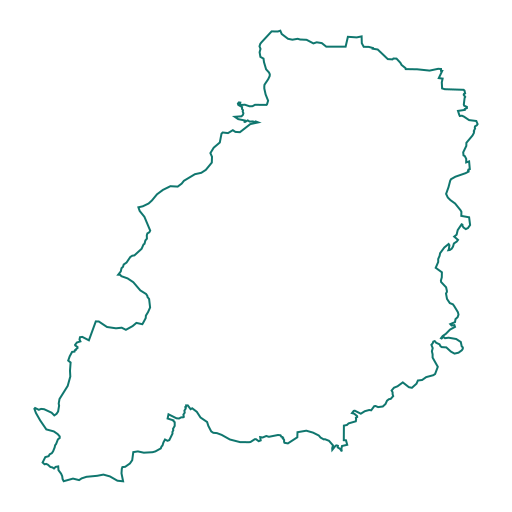 Balan, Salaj, Romania
{"feature_id": "2599482B44755564495658", "entity_name": "Balan", "entity_type": "district", "adm_level": 2, "iso_a3": "ROU", "parent_name": "Romania", "parent_adm1": "Salaj", "projection": "albers", "projection_center": [23.294, 47.159], "detail": "fine", "context": "isolated", "style": "outline", "palette": "teal", "viewbox_px": 512, "rotation_deg": 0, "n_neighbors": 0, "source": "geoboundaries", "source_scale": "gbopen_adm2", "svg_char_len": 5991}
<svg xmlns="http://www.w3.org/2000/svg" viewBox="0 0 512 512"><path d="M435.1,374.0L437.8,366.8L432.6,357.6L432.6,354.3L431.9,351.3L432.7,348.1L431.4,344.8L432.7,343.3L433.3,341.6L434.7,341.1L436.2,342.8L439.5,344.3L440.5,346.2L441.7,347.1L446.3,347.4L450.9,351.6L454.5,353.6L458.5,352.7L461.8,350.3L462.8,348.7L462.8,347.4L461.7,346.3L460.8,342.0L456.2,339.0L448.6,337.7L445.0,338.2L443.5,336.9L441.6,338.5L441.0,338.2L442.7,336.0L445.8,333.9L450.0,329.6L455.0,326.9L454.4,325.1L451.6,325.5L450.3,324.1L455.0,322.1L455.5,319.1L457.6,317.2L458.5,314.6L457.9,312.2L454.2,306.1L452.9,304.3L449.8,303.1L447.0,298.9L446.0,293.5L446.9,291.9L446.9,290.9L446.1,287.3L441.1,282.0L440.9,280.6L441.8,277.3L441.9,272.3L435.7,267.8L438.2,262.0L438.2,259.0L439.6,255.8L440.1,253.2L444.3,247.5L448.6,244.0L449.4,245.2L448.9,249.1L448.4,250.2L449.8,250.0L451.7,248.7L453.0,246.6L453.9,243.5L456.8,241.5L458.0,239.9L454.2,236.6L456.6,234.7L457.7,230.1L461.6,224.3L462.4,224.7L462.5,225.9L463.5,227.5L465.8,229.1L468.0,228.0L470.1,225.0L469.1,217.3L461.3,215.9L461.4,211.8L460.5,210.2L455.1,203.5L450.4,200.1L447.8,197.5L446.1,193.9L448.5,187.2L450.2,180.7L451.0,179.2L455.4,176.7L465.5,173.2L468.6,171.6L468.6,171.1L468.0,171.2L468.1,170.3L468.5,169.5L469.8,169.1L469.1,161.4L466.2,162.4L466.2,158.8L464.8,156.1L463.5,155.4L463.2,152.3L466.3,145.9L466.4,142.8L472.5,135.5L473.8,133.1L474.1,131.5L473.8,131.1L475.1,128.4L474.8,127.7L475.0,126.4L476.8,125.3L477.6,124.1L476.3,121.0L469.1,120.1L463.9,116.6L461.9,115.7L459.8,116.0L459.2,114.7L458.0,110.9L464.8,109.9L464.8,109.0L466.9,108.1L466.9,106.9L464.2,105.7L463.8,104.6L464.6,97.9L465.2,96.9L463.7,94.8L463.9,94.0L465.1,93.4L464.5,90.6L463.6,89.8L444.7,89.2L442.1,88.4L441.8,82.3L442.6,78.6L438.8,78.1L442.2,70.9L441.0,70.8L441.0,69.0L438.2,68.8L429.6,70.6L417.3,69.3L405.7,69.1L405.5,68.1L401.6,65.0L400.4,62.8L396.5,58.6L393.4,58.5L392.5,59.4L387.8,59.1L377.7,49.5L372.7,48.7L372.9,48.0L368.8,46.9L363.7,46.8L361.8,43.2L361.6,36.4L356.7,37.4L347.9,36.8L345.6,46.7L326.3,46.7L321.8,43.1L316.7,42.3L313.4,43.4L306.6,39.8L300.1,39.5L297.7,38.8L292.4,39.7L288.0,38.8L281.7,34.0L280.3,30.7L277.8,31.5L271.6,31.4L261.3,42.5L260.3,43.8L259.5,46.3L260.5,48.9L259.6,52.2L260.4,56.9L263.5,58.6L264.0,62.2L266.1,69.3L269.0,72.5L269.8,74.3L269.7,76.0L268.2,79.2L264.5,84.7L264.3,86.2L264.3,88.5L265.6,94.4L268.1,100.7L267.0,104.3L266.5,104.9L255.0,104.8L252.5,106.2L249.6,106.3L244.8,104.7L240.9,105.0L240.0,104.1L240.3,102.6L238.9,102.4L237.9,103.6L238.3,104.9L242.1,107.1L242.0,108.9L243.0,110.2L242.7,111.6L243.4,113.2L242.9,114.9L241.5,116.3L234.8,116.8L238.1,119.1L244.8,120.5L244.5,121.8L244.9,122.0L247.7,120.4L249.7,121.6L253.0,121.4L253.9,122.2L255.6,121.4L258.2,122.4L250.3,124.1L239.9,132.2L235.4,131.9L232.8,130.2L228.0,133.1L222.7,132.5L221.5,133.7L219.8,142.5L213.7,147.7L210.4,153.1L212.0,156.8L211.8,162.6L205.8,169.9L201.3,172.8L194.9,174.2L183.9,180.8L181.7,183.6L177.7,186.6L170.4,186.2L162.9,189.9L157.0,194.3L151.9,200.5L148.6,203.5L142.8,206.3L138.4,207.3L139.7,211.0L144.4,216.8L150.2,230.6L149.3,232.3L147.4,233.4L146.8,235.3L146.9,238.7L145.4,240.4L144.5,243.8L143.5,244.5L141.6,248.8L134.4,255.4L132.3,255.7L130.3,257.0L126.5,262.6L123.7,264.5L123.0,266.8L121.5,268.2L120.8,271.4L118.2,274.7L120.1,274.8L121.4,276.2L127.6,278.4L133.3,282.2L140.3,290.4L146.1,294.0L147.3,295.8L147.5,297.0L149.1,299.0L150.1,307.5L148.0,312.2L145.9,315.6L145.7,318.1L142.9,323.3L142.3,324.2L136.4,322.9L132.6,326.1L125.9,329.8L121.7,327.7L116.0,328.3L107.0,327.0L98.8,321.5L95.8,321.4L88.9,340.3L82.3,336.9L80.0,337.2L79.5,339.4L80.4,341.4L76.9,342.5L75.1,344.8L75.2,345.4L77.5,347.0L77.5,348.1L76.1,349.1L75.9,349.9L74.9,350.2L74.5,351.6L72.1,351.9L69.7,356.3L68.2,360.6L70.6,362.5L70.0,370.7L70.3,376.5L67.7,385.9L59.5,399.0L58.7,403.6L59.1,405.6L58.1,411.5L56.5,413.9L54.3,415.4L51.6,412.7L44.1,409.2L41.1,408.9L38.8,409.8L35.1,408.0L34.4,408.8L35.9,412.9L40.1,420.3L46.3,429.4L53.8,431.4L57.7,434.1L59.7,436.4L59.7,438.0L57.9,439.4L56.1,444.0L55.1,445.3L54.7,447.3L53.1,451.3L51.8,453.2L49.7,454.3L48.6,456.2L45.3,457.1L42.6,462.5L44.6,464.3L46.1,463.9L47.9,464.7L50.4,467.0L52.4,467.4L54.0,468.5L55.6,466.9L58.2,466.4L58.5,470.2L61.1,473.7L62.2,476.2L62.6,479.1L63.7,481.2L73.0,478.6L79.1,480.1L81.6,478.4L86.5,476.8L97.2,475.8L103.4,474.6L109.9,476.4L117.4,480.7L123.1,481.3L121.5,473.4L121.8,468.8L122.4,467.1L125.2,466.8L129.9,463.5L132.2,460.2L133.3,452.1L137.9,451.4L143.8,452.7L152.6,452.2L155.4,451.4L160.8,448.4L161.5,446.5L162.5,445.5L163.4,442.5L165.0,439.5L167.5,440.8L169.3,440.1L172.5,433.6L172.4,432.0L173.3,430.2L173.0,428.9L174.7,425.9L174.7,422.2L173.5,421.1L173.5,420.4L167.6,418.5L168.5,414.3L176.5,418.3L179.0,418.5L181.3,417.3L183.1,417.3L183.8,416.9L183.4,414.6L184.7,412.7L184.4,410.6L185.7,408.6L185.3,407.1L186.1,406.8L186.1,405.4L187.8,405.4L190.6,409.2L192.2,408.3L196.8,411.8L200.5,417.5L207.1,422.0L208.3,425.8L211.2,431.4L213.3,432.8L216.9,433.1L221.7,434.9L229.9,439.5L240.0,442.1L249.1,442.2L250.5,442.0L254.8,439.2L256.0,439.2L258.7,441.2L260.7,440.4L260.2,437.1L262.6,437.5L266.3,436.0L268.9,436.8L278.0,435.0L280.5,435.3L281.3,436.7L282.6,437.1L283.2,438.0L282.8,438.4L284.1,439.9L284.1,441.9L284.5,442.8L287.9,443.4L297.3,437.3L297.5,432.2L306.3,430.7L313.0,432.6L318.8,435.5L320.6,437.6L323.8,439.4L324.9,439.2L329.0,440.8L333.0,445.4L332.2,448.2L332.3,449.8L335.6,445.7L336.7,445.4L337.9,445.8L337.7,447.4L340.1,448.9L341.8,451.4L341.4,448.7L342.0,446.0L347.2,444.8L346.0,440.3L343.8,440.2L343.9,425.6L346.9,425.0L348.6,423.4L355.8,421.3L356.1,419.5L355.9,417.8L357.2,417.0L357.1,416.1L354.2,413.7L352.0,413.1L353.7,410.9L354.8,410.7L360.8,413.7L364.8,411.2L369.2,410.0L371.2,410.3L374.2,406.2L375.5,406.0L378.1,407.1L382.8,406.5L385.5,404.0L387.0,400.7L388.9,399.2L390.7,398.9L393.2,396.1L392.6,394.2L392.6,392.3L391.6,390.5L394.0,387.7L397.5,386.3L402.8,382.4L408.9,387.2L411.9,387.8L416.5,383.7L417.9,380.5L422.1,380.0L426.2,377.1L433.3,375.2L435.1,374.0Z" fill="none" stroke="#0f766e" stroke-width="2"/></svg>